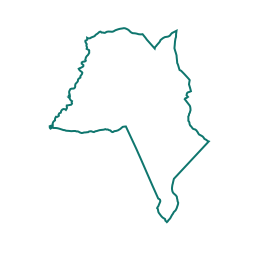 outline of Juti, Mato Grosso do Sul, Brazil, rotated 79°
{"feature_id": "56859067B65010940731000", "entity_name": "Juti", "entity_type": "district", "adm_level": 2, "iso_a3": "BRA", "parent_name": "Brazil", "parent_adm1": "Mato Grosso do Sul", "projection": "orthographic", "projection_center": [-54.491, -22.818], "detail": "fine", "context": "isolated", "style": "outline", "palette": "teal", "viewbox_px": 256, "rotation_deg": 79, "n_neighbors": 0, "source": "geoboundaries", "source_scale": "gbopen_adm2", "svg_char_len": 4368}
<svg xmlns="http://www.w3.org/2000/svg" viewBox="0 0 256 256"><g transform="rotate(79 128 128)"><path d="M112.8,204.7L113.8,204.2L113.4,202.9L112.1,202.6L112.9,201.6L113.7,201.2L114.0,199.9L114.3,198.6L114.7,197.4L115.2,196.3L115.6,195.5L117.1,192.8L117.7,191.8L118.0,190.6L118.8,189.4L119.2,188.0L119.5,186.8L119.9,185.5L120.3,184.3L120.5,182.6L120.7,181.2L120.9,180.3L121.5,179.3L121.7,178.2L122.1,177.3L123.1,176.2L124.0,174.7L124.2,173.5L124.0,171.9L124.3,170.2L124.3,169.2L124.5,168.1L124.0,166.9L124.1,164.9L125.0,163.4L125.5,162.2L125.0,160.7L125.0,158.9L124.8,157.4L124.7,156.1L124.8,154.7L124.9,153.5L125.0,151.9L124.8,150.5L125.4,149.5L125.6,148.1L126.5,147.0L127.1,145.7L128.3,145.0L129.0,144.2L129.0,143.1L128.5,142.1L128.6,140.2L128.4,138.4L127.8,136.7L127.4,135.6L126.7,134.5L125.9,133.0L125.9,131.7L126.1,129.8L149.7,123.9L151.4,123.5L154.5,122.8L160.5,121.4L169.0,119.5L174.9,118.2L190.1,114.8L192.2,114.3L203.0,111.8L203.6,111.0L204.5,110.3L205.5,110.2L206.4,110.4L207.3,111.0L208.3,111.7L209.5,112.5L210.5,113.1L211.3,114.0L212.2,114.7L213.1,114.2L214.5,114.2L215.7,114.2L216.8,114.1L218.1,113.5L219.3,112.9L220.2,112.5L221.1,112.0L221.9,111.5L222.7,110.9L223.5,110.0L224.5,109.0L226.1,109.0L226.8,108.4L227.8,107.8L227.1,106.7L226.3,106.0L225.5,104.8L224.7,103.8L223.5,102.8L221.8,101.4L220.9,100.4L219.9,99.6L219.2,99.0L218.7,98.2L217.9,97.0L216.9,96.2L216.0,95.5L214.7,94.8L213.7,94.2L212.2,93.4L210.9,93.0L209.3,93.3L208.0,93.2L206.3,93.3L204.7,93.2L203.4,93.8L202.4,94.5L201.0,95.6L199.9,96.2L198.5,96.5L196.8,96.5L195.4,96.3L194.5,96.0L193.5,95.7L192.4,95.3L191.0,94.6L189.8,94.1L188.7,93.6L187.6,93.1L186.6,92.6L156.6,51.3L156.0,52.3L154.7,53.3L153.2,55.1L151.8,55.6L150.5,56.4L149.6,57.4L148.7,58.5L147.9,59.5L146.6,60.1L145.6,60.3L144.5,60.9L143.4,61.3L142.3,62.3L141.7,63.5L141.0,64.5L139.8,65.1L138.5,65.7L137.4,66.5L135.8,66.8L134.5,66.7L133.3,66.9L132.5,67.4L131.1,67.1L129.5,66.8L128.4,66.7L127.2,65.8L125.8,65.3L124.8,64.4L123.5,63.8L122.4,63.2L120.8,63.0L119.3,62.9L117.9,63.1L110.5,66.8L109.7,65.9L109.7,64.9L108.9,63.2L107.1,64.3L105.8,63.8L105.0,63.3L104.5,62.6L104.2,60.4L103.9,59.2L102.1,59.3L99.6,59.5L96.8,59.8L94.5,59.0L92.8,58.3L91.2,59.1L88.9,60.5L85.5,62.6L82.0,64.9L80.9,66.3L79.3,66.5L78.1,66.6L75.1,66.9L73.6,67.3L71.9,67.1L67.6,66.7L66.0,66.5L63.7,66.7L61.0,67.0L58.6,67.2L56.8,66.7L55.5,66.3L52.2,65.4L49.4,64.4L48.0,63.6L47.0,63.3L45.4,63.0L43.8,62.5L41.8,61.8L43.2,66.7L44.2,68.1L45.0,68.9L45.5,69.7L45.9,71.1L45.9,72.2L45.8,74.3L46.1,75.4L46.4,76.4L47.0,77.6L47.9,79.3L49.3,80.3L50.0,81.1L50.7,82.0L51.3,82.8L52.0,83.7L52.9,84.7L53.8,86.0L55.1,86.6L44.8,92.7L42.8,93.6L38.7,95.8L38.6,97.4L38.2,98.9L37.9,99.8L37.2,101.1L36.6,102.5L36.3,103.4L35.8,105.3L35.1,106.3L34.3,107.1L33.0,108.0L32.1,108.6L31.2,109.5L30.3,110.7L29.5,112.0L29.2,113.1L29.2,114.5L29.1,117.0L29.2,118.6L29.4,120.1L29.6,121.5L29.9,122.5L30.4,123.8L30.5,125.3L30.2,126.3L29.6,128.7L29.5,130.2L29.7,131.2L30.1,132.0L30.1,133.1L29.5,134.4L29.2,135.8L28.2,136.5L28.2,137.7L29.0,139.0L29.7,140.3L30.1,141.4L30.7,142.4L31.4,143.2L31.7,144.4L31.9,145.5L32.1,146.8L32.6,147.7L32.6,148.8L32.4,150.1L31.7,150.9L33.5,151.2L34.0,152.1L34.1,153.1L35.1,153.4L36.0,153.2L36.9,152.9L37.8,152.5L38.7,153.0L39.8,153.1L40.9,152.8L42.4,153.5L43.4,152.3L44.1,151.4L45.0,151.3L45.8,151.7L46.8,151.7L47.5,152.3L48.7,153.4L49.5,154.7L50.4,155.6L51.1,156.1L52.0,156.4L52.8,156.9L53.9,156.6L54.5,157.8L54.3,159.3L54.8,160.9L56.0,161.2L56.7,160.6L57.7,159.8L58.7,160.0L59.3,160.8L59.6,161.9L60.0,163.1L60.1,164.1L60.5,165.1L61.8,164.6L63.0,163.8L63.9,162.9L64.8,162.3L66.0,162.7L66.7,163.4L67.4,164.1L68.1,164.9L69.4,165.1L69.9,166.2L70.2,167.1L71.2,167.9L72.5,168.3L73.1,168.9L73.7,169.7L74.6,171.0L75.9,171.7L77.2,171.9L78.2,172.4L78.9,173.6L78.8,174.8L78.6,175.7L78.8,177.1L80.1,178.2L81.1,178.8L82.5,179.1L83.8,178.8L84.7,179.7L85.4,178.9L86.3,179.1L86.4,180.5L87.4,179.8L88.2,179.5L89.1,179.3L90.0,178.8L91.0,177.8L92.0,178.4L93.4,178.3L94.3,179.4L94.3,181.1L94.3,182.4L94.2,183.8L95.3,184.1L96.2,184.0L97.1,184.3L98.4,185.5L97.6,186.1L97.1,187.7L97.3,188.8L97.9,189.7L98.8,190.5L100.1,191.0L100.5,192.7L101.6,193.6L102.8,193.5L103.3,194.4L103.6,195.5L103.2,196.5L104.2,197.4L105.4,198.0L106.6,198.2L107.2,199.5L107.8,200.2L108.7,200.8L109.7,201.3L110.6,201.2L111.5,201.5L111.0,202.9L111.3,204.5L112.8,204.7Z" fill="none" stroke="#0f766e" stroke-width="2"/></g></svg>